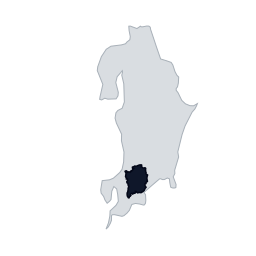 Buenos Aires, Puntarenas, Costa Rica shown in context, rotated 49°
{"feature_id": "36466004B75428693831232", "entity_name": "Buenos Aires", "entity_type": "district", "adm_level": 2, "iso_a3": "CRI", "parent_name": "Costa Rica", "parent_adm1": "Puntarenas", "projection": "natural_earth1", "projection_center": [-83.259, 9.079], "detail": "fine", "context": "in_parent", "style": "filled", "palette": "ink", "viewbox_px": 256, "rotation_deg": 49, "n_neighbors": 0, "source": "geoboundaries", "source_scale": "gbopen_adm2", "svg_char_len": 6216}
<svg xmlns="http://www.w3.org/2000/svg" viewBox="0 0 256 256"><g transform="rotate(49 128 128)"><path d="M204.3,130.9L204.1,131.8L203.3,132.9L202.2,133.9L200.7,134.6L197.0,132.5L193.5,130.1L191.5,131.2L190.8,134.3L189.5,135.9L187.8,136.6L187.1,137.6L187.0,148.3L187.1,158.3L189.8,158.5L194.3,162.0L196.2,164.1L196.8,166.0L196.3,166.9L193.0,169.1L189.8,171.9L188.2,175.3L191.0,180.9L191.6,184.7L191.5,188.6L190.7,190.5L184.5,195.1L183.2,196.7L183.3,197.9L186.8,201.0L188.4,204.0L189.7,207.7L189.9,210.9L186.8,205.0L182.5,199.4L178.8,195.9L178.5,187.8L177.0,183.4L171.3,179.3L166.5,176.5L162.9,177.1L165.1,181.7L170.8,187.7L171.2,190.0L171.1,193.1L167.2,192.6L163.7,191.3L159.5,191.0L156.7,189.1L150.8,182.0L155.0,175.9L156.3,171.9L156.2,163.6L155.3,159.6L150.7,153.5L143.5,146.8L133.3,141.3L128.5,136.9L116.6,133.5L112.1,131.3L108.6,127.1L108.1,124.1L109.3,119.5L106.0,113.7L91.9,102.2L84.0,98.0L82.3,95.5L81.0,94.7L82.2,102.6L85.7,107.4L94.7,111.9L97.2,114.5L98.2,117.9L93.0,124.3L90.3,126.0L89.5,129.5L87.8,130.6L86.0,128.5L78.6,118.4L64.5,113.5L61.9,110.6L56.7,101.3L54.3,92.8L55.1,87.2L61.0,78.4L62.8,74.6L62.4,72.2L62.6,68.7L60.5,66.3L55.1,63.2L51.7,60.6L52.6,59.4L58.8,56.0L59.2,52.9L59.2,51.9L60.2,51.7L61.1,50.8L61.6,50.0L63.3,47.0L64.8,45.4L66.5,45.1L68.5,46.3L76.3,49.5L84.9,53.1L97.3,58.1L102.4,54.9L106.8,52.4L109.8,52.8L116.4,55.6L120.4,56.5L122.8,56.3L127.1,60.5L129.4,63.6L129.8,65.7L131.1,66.9L134.3,67.1L142.4,69.3L147.4,68.8L151.8,66.6L154.3,63.9L155.1,59.6L156.2,61.7L157.5,65.0L158.1,69.3L163.9,83.6L168.5,91.6L178.7,106.1L183.1,108.8L190.5,120.5L193.1,122.5L194.5,125.9L202.2,128.8L204.3,130.9Z" fill="#d9dde1" stroke="#a8b0b8" stroke-width="1"/><path d="M176.9,171.7L177.2,172.0L177.4,172.1L177.6,172.3L177.8,172.4L178.1,172.5L178.3,172.8L178.6,173.0L178.8,173.0L179.3,173.3L179.7,173.3L180.2,173.4L180.9,173.5L181.0,173.4L181.3,173.2L181.4,172.8L181.3,172.7L181.0,172.5L180.8,172.2L180.8,171.9L180.8,171.6L180.9,171.4L181.0,171.2L180.8,170.6L180.8,170.4L180.7,170.3L180.7,170.2L180.4,170.3L180.3,170.2L180.2,170.0L180.0,169.9L180.0,169.7L179.8,169.6L179.7,169.3L179.6,169.1L179.6,168.9L179.7,168.6L179.8,168.3L179.7,168.2L179.8,168.1L180.0,168.2L180.3,168.0L180.4,167.9L180.5,167.9L180.9,167.9L181.0,167.8L181.0,167.7L180.9,167.7L180.9,167.1L180.8,166.9L180.6,166.8L180.6,166.7L180.8,166.3L181.1,166.2L181.3,166.2L181.5,166.0L181.5,165.8L181.6,165.7L181.8,165.4L181.7,165.2L181.6,164.9L181.6,164.7L181.4,164.5L181.3,164.3L181.0,164.2L180.8,164.1L180.6,164.0L181.1,163.5L181.4,163.4L181.8,163.3L182.1,163.4L182.4,163.5L182.6,163.5L182.8,163.5L183.1,163.4L183.3,163.3L183.5,163.0L183.5,162.7L183.8,162.1L183.9,161.8L184.1,161.6L184.4,161.5L184.6,161.4L185.1,160.8L185.2,160.7L185.5,160.3L185.4,159.7L185.5,159.7L185.7,159.1L185.7,158.9L185.6,158.7L185.8,158.0L185.6,157.7L185.8,157.1L185.8,156.8L185.7,156.6L185.4,156.4L185.4,156.2L185.3,155.7L185.1,155.4L185.0,155.0L184.7,154.7L184.7,154.3L184.7,153.7L184.7,153.4L184.5,153.2L184.3,153.2L184.0,153.2L183.5,153.1L183.1,153.0L182.4,153.0L182.3,152.9L182.1,152.8L181.9,152.5L181.8,152.4L181.7,152.3L181.6,152.2L181.3,151.6L181.6,151.3L181.7,151.2L181.7,150.9L181.5,150.6L181.4,150.5L181.2,150.3L180.9,150.1L180.9,149.8L180.8,149.3L180.8,149.2L181.0,148.9L181.1,148.7L181.0,148.3L180.8,148.1L180.6,148.0L180.3,148.0L180.1,148.0L179.9,147.9L179.7,147.8L179.6,147.6L179.3,147.3L179.2,147.2L178.4,146.9L178.3,146.7L178.2,146.6L177.8,146.2L177.6,145.9L177.4,145.7L177.2,145.5L177.2,145.4L176.9,145.1L176.8,144.8L176.7,144.7L176.5,144.3L176.4,144.3L176.2,144.1L176.0,144.3L175.7,144.3L175.3,144.3L175.1,144.4L174.5,144.4L174.3,144.4L174.1,144.4L174.0,144.2L173.6,144.0L173.5,143.7L173.4,143.5L173.2,143.5L173.1,143.4L172.8,143.4L172.3,143.1L172.0,143.0L171.7,142.6L171.3,142.6L171.2,142.5L171.1,142.4L171.1,142.2L170.7,141.9L170.4,141.5L170.4,141.4L170.2,141.3L170.1,141.2L169.8,141.1L169.3,141.2L169.2,141.3L169.1,141.6L168.8,141.9L168.7,141.9L168.6,142.1L168.6,142.4L168.5,142.6L168.4,142.7L168.2,142.9L167.7,143.0L167.3,143.0L166.7,143.1L166.4,143.3L166.1,143.5L166.1,143.3L166.0,143.1L165.9,142.9L165.5,142.6L165.4,142.5L165.4,142.4L165.2,142.2L164.8,142.0L164.5,142.2L164.3,142.5L164.1,142.7L164.0,142.8L163.9,142.9L163.8,143.2L163.6,143.3L163.5,143.5L163.4,143.7L163.3,144.0L163.1,144.3L163.0,144.7L162.9,145.2L162.9,145.3L162.7,145.5L162.7,145.9L162.6,146.1L162.5,146.3L162.2,146.9L162.0,147.3L161.9,147.4L161.4,147.6L161.2,147.7L161.1,148.0L161.1,148.3L161.0,148.5L161.0,148.8L161.0,149.2L160.9,149.4L160.8,149.5L160.7,149.7L160.7,149.8L160.4,150.2L160.4,150.3L160.5,150.4L160.6,150.1L160.8,150.3L160.8,150.5L161.0,150.8L161.3,150.8L161.5,151.0L161.9,151.2L162.0,151.2L162.2,150.9L162.2,151.0L162.4,151.2L162.4,151.5L162.6,151.7L162.7,151.9L162.7,152.0L162.6,152.4L162.9,153.1L162.8,153.3L162.8,153.5L162.5,153.4L162.4,153.8L162.3,154.1L162.4,154.3L162.5,154.5L162.8,154.8L162.8,155.3L162.7,155.3L162.1,155.7L162.0,156.0L161.7,156.1L161.5,156.3L161.3,156.6L161.2,156.7L161.2,156.8L161.3,156.9L161.3,157.1L161.3,157.3L161.1,157.5L160.9,157.5L160.8,157.4L160.6,157.4L160.4,157.2L160.1,157.2L159.9,157.3L159.6,157.3L159.4,157.2L159.3,157.3L159.1,157.6L159.1,157.8L158.9,158.0L158.7,158.2L158.7,158.3L158.8,158.6L159.0,158.6L159.2,158.8L159.6,158.9L160.1,158.9L160.3,159.0L160.6,159.1L160.9,159.2L161.1,159.5L161.6,159.8L161.7,160.0L161.8,160.1L161.8,160.3L162.0,160.6L162.2,160.8L162.5,160.9L162.6,161.0L162.9,161.6L163.0,161.7L163.2,161.8L163.6,161.8L164.0,161.9L164.1,162.0L164.7,162.0L164.9,162.3L165.1,162.5L165.4,162.7L165.5,162.5L165.5,162.1L165.5,161.9L165.9,161.8L166.0,161.8L166.3,162.2L166.7,162.2L167.2,162.5L167.5,162.7L167.6,162.9L167.6,163.6L167.5,163.8L168.1,164.4L168.9,164.7L169.0,164.6L169.2,164.4L169.3,164.3L169.6,164.4L169.8,164.5L170.1,164.5L170.4,164.8L170.7,165.0L170.8,165.2L171.1,165.4L171.4,165.3L171.5,165.2L171.9,165.4L172.1,165.6L172.3,165.8L172.5,165.9L173.0,166.0L173.1,166.4L173.2,166.7L173.2,166.8L173.5,167.1L173.5,167.3L173.7,167.5L173.8,167.7L174.4,168.1L174.6,168.2L174.6,168.3L174.7,168.5L174.9,168.6L175.0,168.8L175.2,169.1L175.5,169.3L175.5,169.5L175.9,169.8L176.0,170.2L176.1,170.4L176.3,171.0L176.5,171.2L176.6,171.3L176.9,171.5L176.9,171.7Z" fill="#0f172a" stroke="#020617" stroke-width="1.5"/></g></svg>